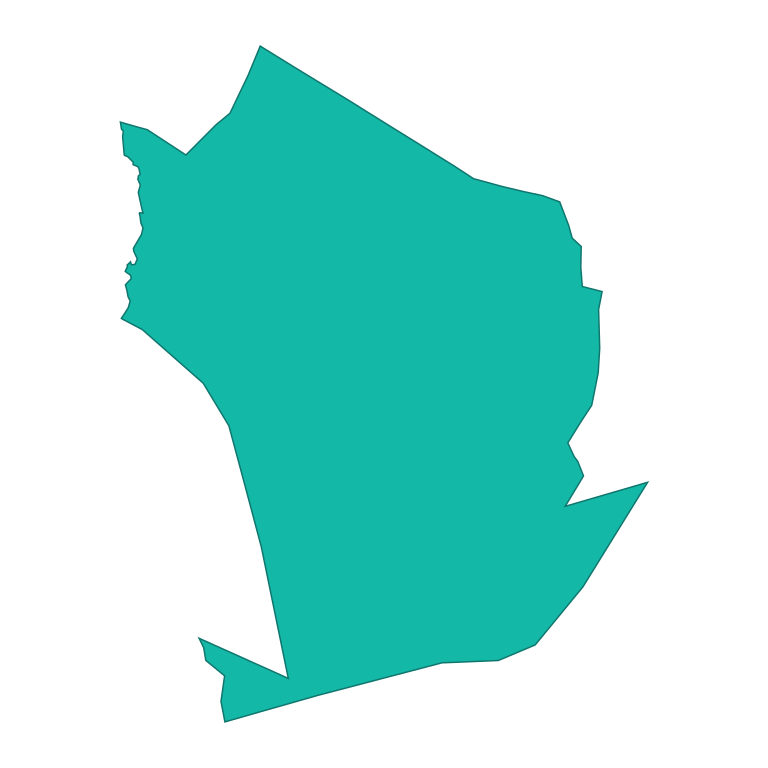 outline of Yaxe, Oaxaca, Mexico
{"feature_id": "50627088B44296897282663", "entity_name": "Yaxe", "entity_type": "district", "adm_level": 2, "iso_a3": "MEX", "parent_name": "Mexico", "parent_adm1": "Oaxaca", "projection": "albers", "projection_center": [-96.466, 16.708], "detail": "fine", "context": "isolated", "style": "filled", "palette": "teal", "viewbox_px": 768, "rotation_deg": 0, "n_neighbors": 0, "source": "geoboundaries", "source_scale": "gbopen_adm2", "svg_char_len": 1604}
<svg xmlns="http://www.w3.org/2000/svg" viewBox="0 0 768 768"><path d="M647.6,482.3L565.2,506.3L577.8,485.5L583.5,475.9L577.7,461.3L574.2,456.7L567.8,442.9L580.9,421.8L591.7,405.3L598.2,372.9L599.7,348.3L598.6,309.5L602.1,291.6L582.3,286.5L580.8,267.5L581.2,246.5L572.2,238.1L568.6,225.2L559.7,201.9L542.4,195.6L523.7,191.6L503.0,186.7L492.3,183.8L473.6,178.7L453.7,165.7L365.9,111.1L348.5,100.2L322.2,84.2L295.0,67.6L260.2,46.1L248.2,75.1L231.0,111.1L230.0,113.2L216.0,124.8L185.9,155.0L147.3,129.7L139.2,127.5L137.4,127.0L126.5,123.9L120.4,122.1L121.5,129.2L123.2,130.9L123.0,133.9L122.6,135.9L122.7,137.7L124.1,153.2L124.1,154.2L124.4,155.3L127.7,156.7L133.2,162.2L133.1,164.6L137.9,166.7L139.0,168.8L140.1,174.4L138.3,176.0L138.2,177.3L138.3,178.6L137.7,179.1L137.8,179.3L138.0,179.5L140.3,185.1L139.1,189.4L138.3,192.3L139.8,199.4L142.2,210.1L143.0,213.2L139.9,212.7L139.3,213.4L140.1,216.5L140.1,216.9L140.9,223.0L143.0,227.9L141.5,234.4L134.1,247.1L133.4,248.4L133.6,249.7L133.7,251.1L137.3,258.9L135.1,264.2L133.4,264.6L131.4,264.7L130.5,261.8L128.8,263.5L127.2,265.0L127.3,267.1L125.2,271.2L126.7,272.6L129.6,274.5L130.8,275.9L131.0,276.8L131.0,279.2L129.7,280.2L125.4,284.8L126.8,290.0L128.1,296.8L130.2,301.0L128.3,307.6L124.3,314.0L121.3,318.3L122.0,318.9L142.3,329.6L192.4,373.7L192.6,373.9L203.2,383.2L228.9,425.8L244.4,483.4L261.3,546.8L288.3,678.4L199.1,638.3L203.7,647.7L205.8,660.4L224.6,675.8L221.0,701.4L224.9,721.9L259.4,712.0L317.7,695.4L407.0,672.0L442.0,662.8L455.3,662.3L498.3,660.5L535.2,644.9L582.9,586.9L647.6,482.3Z" fill="#14b8a6" stroke="#0f766e" stroke-width="1.5"/></svg>